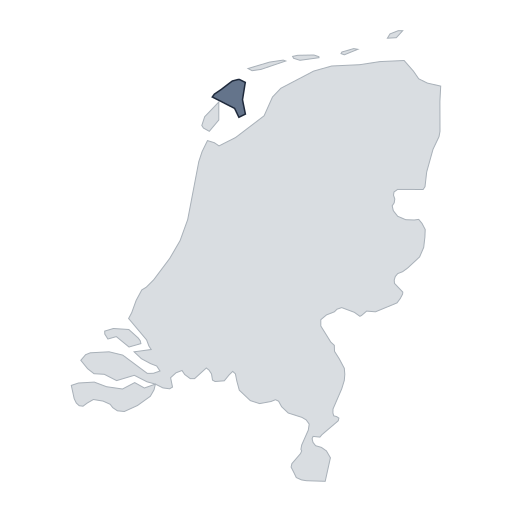 Vlieland, Netherlands shown in context
{"feature_id": "6326949B88716903522268", "entity_name": "Vlieland", "entity_type": "district", "adm_level": 2, "iso_a3": "NLD", "parent_name": "Netherlands", "parent_adm1": "", "projection": "mercator", "projection_center": [5.012, 53.205], "detail": "fine", "context": "in_parent", "style": "filled", "palette": "slate", "viewbox_px": 512, "rotation_deg": 0, "n_neighbors": 0, "source": "geoboundaries", "source_scale": "gbopen_adm2", "svg_char_len": 3735}
<svg xmlns="http://www.w3.org/2000/svg" viewBox="0 0 512 512"><path d="M325.2,481.3L315.4,481.0L306.3,480.7L301.5,479.9L296.3,477.6L294.0,472.8L291.1,467.1L291.9,463.6L300.5,453.6L301.7,450.9L300.9,449.4L301.7,445.0L308.3,430.1L309.2,424.1L306.2,419.9L302.0,417.4L288.2,413.0L281.6,406.7L278.6,401.2L275.5,399.7L271.0,401.5L259.6,403.6L250.3,400.6L239.3,390.2L236.8,380.9L235.4,373.8L232.7,371.4L229.0,375.0L224.3,380.8L215.1,381.5L212.5,380.1L212.0,376.9L211.5,373.9L209.0,370.1L206.3,368.0L194.6,378.6L190.2,378.6L184.7,374.5L182.0,370.5L176.0,372.8L170.6,377.7L172.5,387.1L169.6,388.8L162.9,387.9L155.4,384.1L147.0,381.8L134.3,375.3L116.6,380.6L104.3,374.3L94.0,373.7L87.6,368.7L80.8,360.3L85.6,354.7L90.3,352.8L109.1,351.8L122.7,355.1L147.3,373.4L153.4,373.3L160.0,371.0L156.7,366.0L150.5,363.6L141.4,358.7L134.1,351.8L151.2,349.5L148.9,346.0L146.6,339.9L128.6,318.5L131.7,312.7L136.2,300.3L141.8,289.9L146.3,287.2L153.7,279.8L169.8,258.3L180.1,240.6L187.7,219.6L198.8,161.6L202.1,151.6L207.5,140.6L214.3,142.7L219.0,145.9L235.6,137.5L264.1,115.8L272.5,97.0L280.8,88.3L313.6,71.1L331.7,66.0L359.7,64.7L379.9,61.6L404.1,60.5L413.4,71.1L418.7,78.8L427.4,83.1L440.7,86.1L439.9,101.3L440.0,131.3L439.0,136.7L433.0,149.3L426.7,171.9L425.0,186.7L423.1,189.5L397.6,189.4L394.0,192.0L393.5,195.2L394.8,199.0L394.2,202.8L392.2,205.8L393.3,210.7L397.7,216.3L405.7,219.7L414.3,220.0L418.7,219.4L422.0,223.4L425.2,229.5L424.9,237.1L423.7,247.4L419.6,256.9L407.9,267.8L402.6,271.7L397.7,273.6L395.3,276.5L394.2,280.1L394.5,283.4L402.8,292.1L402.6,294.1L400.2,298.6L397.0,302.9L375.5,311.8L366.6,311.1L361.5,315.5L359.9,316.3L354.3,312.3L341.7,307.6L337.0,309.2L334.4,311.8L326.5,314.9L320.8,319.7L320.8,326.0L330.8,342.1L334.3,345.3L334.5,351.3L339.3,358.9L344.3,368.3L344.8,374.3L344.3,380.4L341.7,388.9L333.0,409.0L332.9,412.9L333.7,415.8L336.6,416.6L338.9,418.1L338.2,420.8L322.0,434.6L319.9,437.1L313.1,436.4L312.1,438.7L313.0,442.4L315.6,445.7L321.4,447.4L326.4,450.9L330.4,457.8L325.2,481.3ZM155.4,384.1L154.0,389.9L150.3,396.3L137.5,405.5L124.3,411.5L117.4,410.8L112.7,407.6L110.2,404.3L103.1,401.1L93.4,399.5L87.3,403.0L83.0,406.2L79.2,405.7L76.3,403.0L74.2,398.7L71.3,385.4L78.5,383.0L94.3,382.1L106.5,386.7L122.5,389.0L134.7,382.6L144.4,388.0L155.4,384.1ZM128.8,329.5L138.2,338.0L140.2,340.7L140.9,343.6L129.0,347.0L116.3,336.6L107.9,339.0L104.8,334.1L104.7,331.1L113.4,328.5L128.8,329.5ZM218.8,120.0L209.3,131.3L203.5,128.1L201.8,125.5L204.7,116.7L218.8,102.0L218.8,120.0ZM261.0,69.4L252.1,70.7L248.0,68.5L269.6,62.1L283.2,60.1L285.7,61.0L261.0,69.4ZM319.0,57.7L300.0,60.3L293.6,58.3L292.6,56.4L297.7,55.3L313.9,55.0L318.9,56.7L319.0,57.7ZM240.1,81.9L222.4,93.7L220.9,91.9L232.3,81.6L240.1,81.9ZM396.3,37.7L387.4,38.2L390.0,33.9L398.2,30.7L402.7,30.7L396.3,37.7ZM357.8,49.3L344.3,54.8L341.0,53.6L341.9,52.0L353.7,48.6L357.8,49.3Z" fill="#d9dde1" stroke="#a8b0b8" stroke-width="1"/><path d="M243.9,91.0L244.4,87.9L244.8,85.3L245.3,82.4L242.5,81.0L241.7,80.6L239.5,79.5L238.1,79.5L232.3,81.0L228.2,84.1L220.9,89.7L214.4,94.1L212.3,97.0L212.8,97.2L213.4,97.6L214.1,97.9L215.1,98.4L216.2,99.0L217.2,99.5L217.9,99.8L218.2,100.0L219.2,100.5L220.1,100.9L220.2,101.0L220.7,101.2L221.2,101.5L221.8,101.8L222.5,102.2L223.1,102.5L223.8,102.8L224.3,103.1L225.0,103.5L225.6,103.8L226.3,104.1L227.0,104.5L227.7,104.9L228.3,105.1L229.0,105.5L229.5,105.8L230.3,106.2L231.0,106.5L231.6,106.8L232.3,107.2L232.9,107.5L233.7,107.9L234.6,108.4L235.0,109.2L235.4,110.0L235.8,110.8L236.0,111.2L236.2,111.6L236.5,112.4L236.6,112.5L237.0,113.3L237.4,114.2L237.7,114.9L238.1,115.5L238.4,116.3L238.7,116.9L238.9,117.3L242.5,115.5L242.9,115.3L245.4,114.1L244.3,108.7L243.4,104.3L242.5,99.7L243.9,91.0Z" fill="#64748b" stroke="#1e293b" stroke-width="1.5"/></svg>